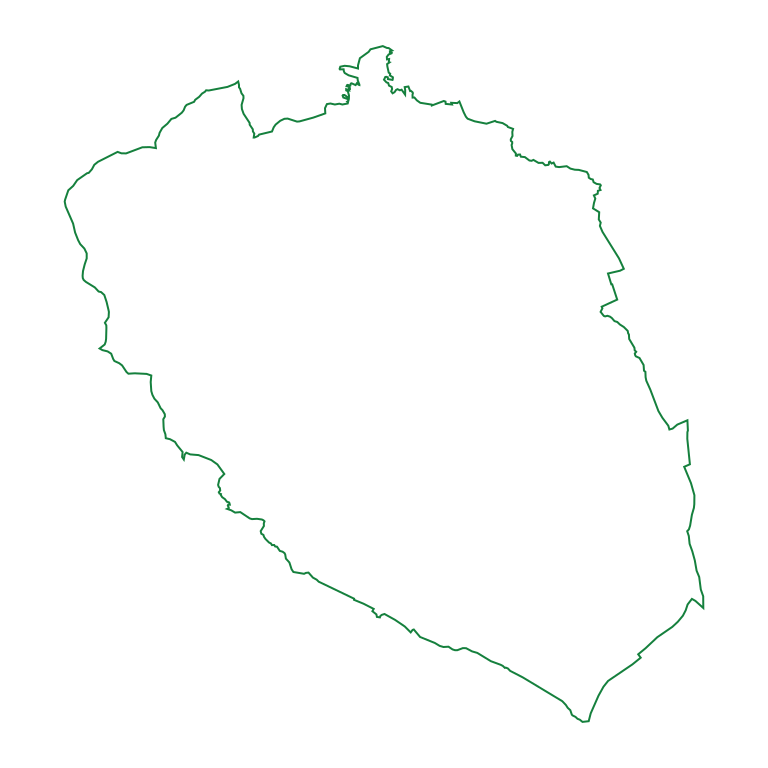 Solont, Bacau, Romania
{"feature_id": "2599482B29549349723291", "entity_name": "Solont", "entity_type": "district", "adm_level": 2, "iso_a3": "ROU", "parent_name": "Romania", "parent_adm1": "Bacau", "projection": "orthographic", "projection_center": [26.52, 46.567], "detail": "fine", "context": "isolated", "style": "outline", "palette": "green", "viewbox_px": 768, "rotation_deg": 0, "n_neighbors": 0, "source": "geoboundaries", "source_scale": "gbopen_adm2", "svg_char_len": 5993}
<svg xmlns="http://www.w3.org/2000/svg" viewBox="0 0 768 768"><path d="M691.0,483.2L684.2,466.8L689.9,464.3L687.3,438.8L687.4,432.1L687.9,430.6L687.4,420.3L677.3,424.6L672.6,428.6L669.4,429.5L668.3,425.7L662.4,417.8L658.4,411.0L650.3,389.6L646.3,380.7L645.6,377.2L645.4,371.8L644.0,370.7L643.6,365.0L639.5,358.0L635.8,356.3L635.1,355.0L634.8,353.5L636.2,351.8L634.7,350.3L634.4,347.7L629.2,339.0L628.9,334.4L628.2,333.5L627.7,330.9L623.8,327.0L619.9,324.5L617.3,322.0L614.5,321.1L611.8,318.0L609.9,316.6L607.4,315.8L605.1,316.4L603.8,315.9L600.6,311.9L602.4,308.3L601.7,306.7L617.2,299.6L612.2,284.3L611.3,284.3L608.0,273.5L620.1,270.7L623.8,268.8L619.0,258.4L602.5,231.9L599.9,225.9L600.7,222.6L598.8,219.5L599.2,212.2L593.0,208.4L594.0,202.9L595.3,198.6L593.9,195.4L597.7,193.7L597.9,190.8L600.5,190.0L599.5,188.0L600.8,185.3L600.1,184.4L596.6,183.9L593.6,182.2L592.8,179.5L590.7,179.0L588.8,177.7L588.5,174.8L586.8,172.0L578.8,169.9L574.8,169.7L570.4,168.6L566.7,166.2L559.1,167.1L555.7,166.6L553.6,162.6L551.6,163.5L549.9,161.6L549.0,162.1L548.8,164.4L548.3,164.9L545.2,165.3L542.6,162.8L538.5,162.9L533.4,159.9L531.6,160.8L529.4,160.5L524.9,157.1L520.9,156.7L520.0,154.5L518.1,154.6L517.1,155.9L515.8,155.6L515.9,153.5L512.4,149.2L511.6,145.0L512.2,143.5L512.2,142.0L510.9,140.9L510.8,140.2L510.8,139.3L512.5,136.0L512.3,131.9L513.1,128.9L507.9,127.0L507.2,125.8L502.6,123.1L496.4,121.8L495.1,120.9L486.5,123.7L474.6,121.3L467.6,118.7L465.9,116.7L463.7,112.3L459.4,101.5L457.3,103.1L451.3,102.8L452.0,104.5L445.7,103.9L445.5,101.6L443.8,101.0L431.8,105.5L431.7,104.6L420.3,102.8L416.9,100.4L414.4,97.5L412.6,97.6L412.5,94.9L412.9,93.1L412.5,92.2L410.8,90.8L410.1,91.0L408.4,86.5L404.7,87.1L405.2,90.2L405.1,94.6L401.6,89.7L399.9,90.3L397.5,89.2L396.1,89.9L394.5,92.2L392.6,93.3L391.2,91.4L392.1,89.0L391.7,87.0L389.0,85.6L388.2,83.0L386.5,82.4L384.0,79.7L385.3,77.0L386.3,76.8L387.8,77.3L387.9,79.1L392.5,79.9L392.8,79.0L392.9,77.3L389.9,75.4L390.2,73.7L388.7,72.6L387.4,66.6L387.1,64.1L389.5,62.4L388.8,62.2L389.1,59.0L387.0,59.4L386.8,56.9L388.6,54.5L391.6,53.3L391.7,52.8L389.9,52.6L389.9,51.2L392.1,50.5L388.7,48.1L386.8,47.9L382.8,46.1L370.5,49.3L368.6,51.9L359.9,58.2L358.0,65.4L358.0,68.5L349.7,66.3L344.7,65.8L340.3,66.7L339.6,68.9L339.9,69.4L343.6,69.3L343.9,71.4L344.7,73.0L348.6,75.3L357.5,77.9L357.8,80.6L359.4,84.6L359.4,85.0L358.5,84.7L356.9,83.2L355.6,85.1L351.6,83.3L350.8,83.6L350.3,85.6L347.6,84.9L347.0,85.2L346.6,86.2L348.6,86.6L349.9,88.0L349.9,89.0L348.9,88.9L349.2,90.4L346.2,89.2L346.2,90.4L347.8,91.2L349.0,95.5L348.9,98.0L344.5,95.0L343.1,95.0L342.6,95.6L343.3,97.5L347.6,99.0L348.5,100.0L348.5,100.7L347.2,101.6L348.0,102.3L347.7,103.5L342.4,104.5L339.3,103.7L334.9,104.5L330.4,103.5L326.9,104.1L325.0,108.2L325.3,113.4L313.3,117.6L299.5,121.4L297.0,121.6L287.7,118.6L284.4,118.8L280.2,120.8L275.6,124.6L273.7,127.3L272.0,131.5L259.1,134.6L258.0,136.0L254.6,137.5L253.7,137.5L254.3,133.6L252.9,131.4L252.8,129.3L249.7,124.7L249.6,122.9L243.6,113.8L241.9,109.0L241.6,104.9L243.5,98.2L243.4,95.8L241.5,93.3L240.1,88.8L239.0,87.3L239.0,84.9L238.2,81.5L235.0,83.9L227.5,86.9L208.8,90.5L206.1,90.3L205.0,91.7L202.0,93.6L199.2,96.8L195.2,99.8L194.1,101.8L186.6,104.9L185.1,106.7L183.6,110.4L181.8,112.7L175.5,117.7L171.4,118.9L167.4,123.7L162.3,128.0L159.6,132.8L158.9,135.6L156.1,140.0L155.2,142.6L155.9,148.1L149.6,147.1L142.3,147.3L126.1,153.4L121.4,153.3L117.6,151.9L98.0,161.8L94.3,164.8L91.9,169.3L88.7,172.9L87.1,173.2L77.2,180.1L73.2,185.9L68.3,190.3L65.1,199.7L64.7,201.6L65.7,206.6L73.1,223.6L75.1,232.5L78.1,240.1L80.2,244.1L84.4,248.6L86.7,253.4L86.7,258.4L84.7,264.4L83.0,271.1L82.6,275.8L82.8,278.1L83.7,280.0L85.9,281.9L94.8,287.4L98.6,291.5L101.1,292.1L104.3,295.0L106.6,302.0L108.5,310.0L108.9,311.9L108.6,317.3L104.9,322.8L106.3,325.3L106.4,327.9L106.1,338.8L105.7,341.7L104.7,344.5L99.6,348.5L102.4,350.1L107.6,351.4L111.2,353.7L113.2,359.0L114.4,361.0L119.2,363.2L122.1,365.4L126.5,372.0L128.4,373.7L134.7,373.3L146.6,373.9L151.3,375.5L150.7,382.1L151.3,391.1L152.4,394.8L154.4,398.7L157.8,402.4L160.6,408.2L162.5,410.2L164.8,414.2L164.9,416.6L163.3,419.2L163.6,426.8L163.9,430.1L165.4,434.3L165.8,438.2L170.0,439.2L175.0,441.9L177.2,445.4L182.6,452.0L182.1,457.0L183.8,459.5L184.7,454.6L186.3,452.7L190.2,454.4L198.6,455.1L211.2,460.0L217.4,464.4L224.3,474.0L219.5,478.9L218.1,484.9L218.7,486.8L219.9,488.1L220.2,490.5L218.8,492.2L219.5,493.6L221.0,494.1L220.8,495.0L222.2,497.2L224.9,499.1L227.0,501.8L228.9,502.3L229.4,503.0L229.8,504.7L228.2,504.7L227.8,505.6L228.7,507.4L228.7,508.2L227.2,508.9L231.2,510.3L235.1,512.6L240.3,512.1L249.7,518.4L252.0,519.1L257.0,518.8L261.9,519.5L263.5,520.3L264.5,521.3L263.8,523.4L263.9,526.0L260.7,531.1L261.3,533.7L263.4,534.9L264.1,537.0L265.5,539.0L269.0,542.5L271.0,543.5L271.9,545.1L274.2,545.0L275.2,546.5L277.0,546.7L279.8,550.9L282.6,551.7L284.5,553.1L285.2,554.4L285.9,558.6L289.4,562.5L291.6,569.3L293.4,572.0L304.1,573.8L305.9,572.9L308.5,572.6L312.9,577.6L316.7,579.7L318.7,581.7L354.1,598.7L354.0,599.8L363.5,603.7L373.7,608.9L372.4,611.2L376.4,614.4L376.9,616.9L379.9,617.4L380.3,616.1L381.7,614.9L384.5,614.0L395.1,619.9L404.8,626.5L410.7,632.4L412.6,629.9L413.8,629.5L420.1,637.0L434.9,643.0L439.7,645.9L443.5,647.0L448.5,646.7L452.5,649.4L455.0,650.2L457.3,650.2L462.9,648.1L466.1,648.2L472.1,651.4L477.3,652.9L490.9,661.2L500.7,664.8L502.8,665.9L504.9,667.9L505.7,667.6L507.8,668.4L510.2,670.9L522.8,677.4L562.3,701.2L565.9,705.0L567.7,707.8L570.3,710.2L571.8,714.6L572.5,715.4L575.5,716.9L577.5,718.8L579.8,719.7L582.5,721.9L588.7,721.2L590.7,713.4L598.5,695.7L603.5,686.7L608.1,680.9L632.4,664.4L640.7,657.7L638.2,654.3L645.6,648.2L657.3,637.2L672.3,626.9L677.8,621.8L682.9,615.7L685.7,610.3L687.6,604.5L691.9,598.9L695.4,600.9L703.3,608.0L703.2,596.3L700.8,589.5L699.2,577.0L696.6,570.7L694.8,560.4L692.3,551.3L689.6,543.8L688.8,536.0L687.2,531.2L688.9,529.4L690.1,525.7L691.9,514.8L693.9,507.9L694.3,504.2L694.4,495.2L691.0,483.2Z" fill="none" stroke="#15803d" stroke-width="2"/></svg>